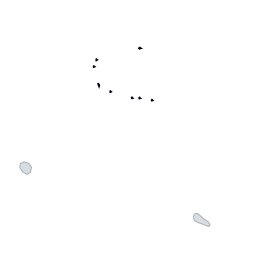 location of Alifu Dhaalu within Maldives, rotated 101°
{"feature_id": "MDV-5232", "entity_name": "Alifu Dhaalu", "entity_type": "Atoll", "adm_level": 1, "iso_a3": "MDV", "parent_name": "Maldives", "parent_adm1": "", "projection": "orthographic", "projection_center": [72.869, 3.67], "detail": "fine", "context": "in_parent", "style": "filled", "palette": "ink", "viewbox_px": 256, "rotation_deg": 101, "n_neighbors": 0, "source": "natural_earth", "source_scale": "10m", "svg_char_len": 1317}
<svg xmlns="http://www.w3.org/2000/svg" viewBox="0 0 256 256"><g transform="rotate(101 128 128)"><path d="M206.2,45.2L202.8,47.0L199.7,46.3L198.6,44.0L200.1,40.6L202.8,36.3L204.6,31.6L207.2,29.0L209.3,29.9L209.0,32.5L208.1,36.2L207.5,40.9L206.2,45.2ZM187.7,226.6L183.6,227.0L181.0,223.6L181.6,218.8L184.8,215.4L189.9,215.2L192.8,218.2L191.3,222.9L187.7,226.6Z" fill="#d9dde1" stroke="#a8b0b8" stroke-width="1"/><path d="M93.0,164.3L89.8,166.3L90.6,164.9L91.4,164.3L92.2,164.2L93.0,164.3ZM47.3,130.3L47.6,131.0L48.0,131.4L48.2,131.9L47.7,132.6L47.3,132.4L46.7,132.0L46.7,131.5L47.1,130.9L47.3,130.3ZM97.7,128.9L97.9,129.4L98.3,129.7L98.3,129.9L97.6,130.3L97.0,130.0L97.1,129.7L97.4,129.4L97.7,128.9ZM95.6,151.3L95.9,151.7L96.1,151.9L96.3,152.0L96.3,152.3L95.6,152.6L95.0,152.3L95.1,152.0L95.4,151.7L95.6,151.3ZM96.2,108.9L96.4,109.4L96.5,109.5L96.8,109.7L96.8,109.9L96.1,110.3L95.5,109.9L95.6,109.7L95.9,109.4L96.2,108.9ZM96.4,121.5L96.6,122.0L96.9,122.2L97.0,122.2L97.1,122.5L96.3,122.9L96.2,122.8L95.7,122.5L95.8,122.2L96.2,122.0L96.4,121.5ZM74.2,172.3L74.5,172.8L74.8,173.1L74.9,173.3L74.1,173.7L73.6,173.3L73.7,173.1L74.0,172.8L74.2,172.3ZM66.9,171.1L67.1,171.4L67.2,171.5L67.7,171.8L67.9,172.1L67.4,172.3L66.4,172.3L66.3,172.1L66.7,171.6L66.9,171.1Z" fill="#0f172a" stroke="#020617" stroke-width="1.5"/></g></svg>